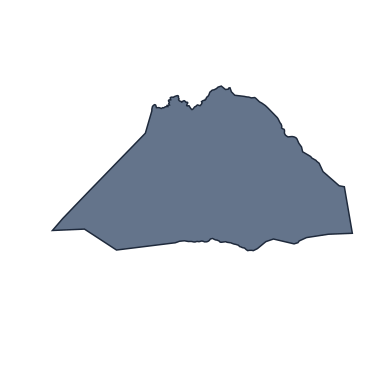 the district of Nuevo Zoquiápam, Oaxaca, Mexico, rotated 69°
{"feature_id": "50627088B31400461246224", "entity_name": "Nuevo Zoquiápam", "entity_type": "district", "adm_level": 2, "iso_a3": "MEX", "parent_name": "Mexico", "parent_adm1": "Oaxaca", "projection": "mercator", "projection_center": [-96.664, 17.249], "detail": "fine", "context": "isolated", "style": "filled", "palette": "slate", "viewbox_px": 384, "rotation_deg": 69, "n_neighbors": 0, "source": "geoboundaries", "source_scale": "gbopen_adm2", "svg_char_len": 2772}
<svg xmlns="http://www.w3.org/2000/svg" viewBox="0 0 384 384"><g transform="rotate(69 192 192)"><path d="M102.0,200.5L120.4,214.5L153.2,285.4L153.6,286.3L163.1,306.6L170.4,322.1L170.5,322.3L177.9,336.1L188.1,305.7L205.1,293.4L219.1,283.3L232.9,227.8L233.4,226.0L233.5,223.5L233.5,221.5L233.5,221.4L234.8,216.6L237.0,213.0L237.4,211.7L238.1,210.0L239.2,208.4L239.8,207.0L239.8,205.8L240.2,204.4L240.7,203.7L241.0,202.8L241.2,200.6L241.9,199.4L243.1,198.1L243.8,196.0L243.8,194.5L243.5,193.4L242.5,191.7L242.7,189.7L243.1,189.1L244.1,188.3L245.1,187.3L245.9,185.9L247.4,184.3L248.9,183.7L249.2,183.1L249.5,182.4L250.5,178.3L251.5,177.3L253.4,173.9L254.3,173.0L255.6,171.5L256.6,169.9L258.2,167.9L260.2,166.9L260.7,166.1L261.9,165.0L263.2,163.0L265.1,162.1L266.7,161.0L267.0,159.4L267.9,157.0L268.7,155.9L268.6,154.4L268.3,151.2L264.8,140.8L265.1,132.8L277.0,115.3L277.3,111.3L276.1,109.4L275.6,101.4L280.3,79.8L288.0,57.1L241.7,47.9L238.9,52.4L219.9,62.4L210.7,63.0L208.2,64.5L206.8,65.0L203.3,67.9L201.4,68.5L194.1,74.3L189.2,73.6L184.7,74.8L180.1,75.0L179.0,75.3L177.5,76.5L177.0,77.2L176.5,77.9L176.0,78.9L175.2,81.7L175.0,82.6L174.4,83.1L173.4,83.8L172.4,84.4L170.9,84.6L170.0,84.6L169.0,84.1L168.0,83.7L167.2,83.5L166.3,83.7L165.8,84.4L164.3,85.4L163.5,85.0L162.7,84.6L161.3,84.5L160.4,84.5L158.9,85.0L154.6,85.4L153.2,85.7L140.4,91.2L137.7,92.5L134.1,94.9L132.0,96.7L127.3,98.9L126.3,99.6L125.4,102.9L123.7,105.0L122.8,106.9L121.5,108.9L117.0,117.4L112.6,119.3L108.3,119.2L108.1,120.3L109.0,121.4L108.3,124.0L103.6,126.7L103.4,130.1L104.2,132.1L104.5,134.8L104.2,136.1L104.3,137.4L104.8,138.1L105.0,139.2L106.1,140.4L107.0,141.0L108.4,142.8L108.7,144.1L109.2,144.8L110.2,145.5L110.2,146.4L111.0,147.1L110.7,147.9L110.7,149.6L111.1,150.8L112.2,150.6L113.4,151.7L114.3,153.5L113.5,154.6L112.7,155.6L112.9,156.9L113.5,157.6L113.5,159.1L114.8,161.1L115.1,162.5L113.7,163.2L111.3,163.7L110.4,163.9L110.1,164.8L109.9,165.6L109.4,166.0L108.9,165.7L108.2,165.1L107.5,164.2L106.9,164.0L106.5,164.3L106.4,164.9L106.0,165.5L105.3,165.6L104.8,166.0L104.1,166.4L103.9,166.7L104.0,168.5L104.4,169.1L104.3,169.6L103.4,169.9L102.8,170.8L102.1,171.2L101.1,171.5L100.8,171.0L100.2,170.7L99.0,170.9L98.1,170.4L97.4,170.4L96.9,170.8L96.7,171.8L96.6,173.8L96.7,174.8L96.9,175.4L96.2,176.8L96.0,177.6L96.3,178.6L97.5,178.7L98.3,178.8L98.2,179.5L97.8,180.2L98.0,181.0L98.3,181.2L98.6,181.3L99.0,181.3L99.6,181.1L100.2,181.0L101.0,182.0L102.7,181.8L102.3,184.2L103.5,184.0L103.1,185.2L102.9,186.6L103.3,188.2L102.8,189.0L103.0,190.8L102.3,191.5L101.8,192.0L101.6,192.3L101.3,192.8L100.8,194.3L100.5,195.0L99.5,194.9L98.9,194.8L97.8,194.8L97.3,195.2L97.0,195.8L97.2,196.5L97.8,198.0L98.4,198.6L99.3,199.1L100.1,199.7L102.0,200.5Z" fill="#64748b" stroke="#1e293b" stroke-width="1.5"/></g></svg>